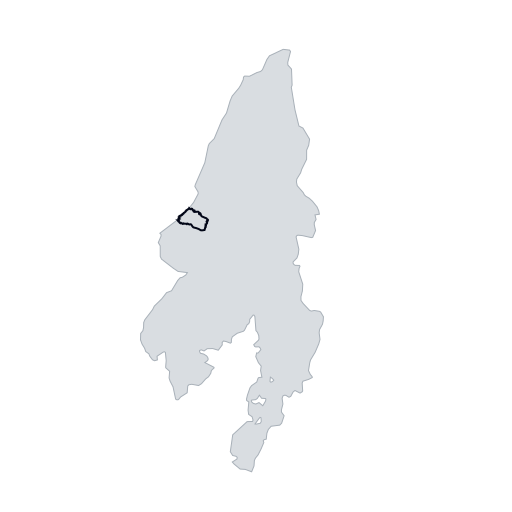 Ysyk-Ata, Chuy, Kyrgyzstan (highlighted), rotated 292°
{"feature_id": "92254566B31675215078110", "entity_name": "Ysyk-Ata", "entity_type": "district", "adm_level": 2, "iso_a3": "KGZ", "parent_name": "Kyrgyzstan", "parent_adm1": "Chuy", "projection": "albers", "projection_center": [74.932, 42.711], "detail": "fine", "context": "in_parent", "style": "outline", "palette": "ink", "viewbox_px": 512, "rotation_deg": 292, "n_neighbors": 0, "source": "geoboundaries", "source_scale": "gbopen_adm2", "svg_char_len": 6815}
<svg xmlns="http://www.w3.org/2000/svg" viewBox="0 0 512 512"><g transform="rotate(292 256 256)"><path d="M118.5,301.5L119.8,300.8L123.7,300.2L131.5,299.8L134.2,300.5L139.4,303.9L143.5,303.7L144.3,304.1L145.8,306.9L151.6,303.1L155.8,302.1L158.0,298.2L162.6,293.5L166.4,292.9L166.5,293.7L167.1,294.4L171.0,295.6L172.2,294.4L172.9,292.7L171.6,289.9L171.6,288.7L172.9,287.1L179.0,289.9L180.3,289.8L183.2,288.4L185.8,285.9L186.8,283.9L199.5,277.6L200.4,276.4L200.2,275.5L195.0,273.9L192.6,274.7L190.4,274.6L189.2,273.6L182.8,273.1L181.4,272.4L177.3,267.5L172.2,264.3L169.6,264.4L166.6,265.5L165.6,264.9L165.5,260.4L165.0,257.7L163.2,257.0L160.9,258.0L154.5,256.3L154.0,250.6L151.8,245.5L148.5,243.4L148.5,240.4L147.3,239.1L146.3,239.4L145.0,240.9L145.5,244.2L144.9,247.5L144.0,249.1L142.5,250.3L140.9,250.3L138.0,248.5L137.1,258.5L136.6,259.1L133.1,257.5L130.3,258.0L126.2,257.2L123.2,255.4L117.2,253.3L114.4,251.3L113.0,244.5L111.5,242.0L109.9,241.4L103.4,243.4L97.0,238.9L93.8,237.9L93.0,236.6L93.2,235.1L103.6,228.1L107.8,223.2L110.4,221.1L116.8,219.1L118.4,214.5L119.0,213.9L125.4,211.9L132.7,208.1L132.9,207.0L132.2,206.0L126.0,201.8L122.7,203.5L120.9,201.2L121.0,198.9L123.3,195.1L125.2,193.3L126.1,189.6L128.8,187.2L131.6,183.4L135.0,180.3L141.0,178.1L144.3,179.1L147.4,178.6L152.3,176.8L155.2,176.8L167.5,180.2L171.5,180.5L181.0,184.7L188.5,186.8L192.1,190.7L204.1,192.6L207.4,193.8L208.6,195.6L212.0,198.0L214.9,198.6L212.5,189.5L213.6,184.2L217.7,169.6L219.7,167.4L229.5,163.4L231.8,160.4L238.8,160.5L240.3,160.0L241.1,158.3L262.7,171.2L271.0,174.8L282.4,178.1L292.0,179.1L293.7,178.3L297.5,173.3L299.3,173.0L323.3,173.6L340.3,170.5L342.8,170.6L349.2,173.3L369.5,173.5L377.5,175.1L390.1,173.9L395.4,174.0L405.2,177.2L408.6,177.8L414.8,178.1L417.2,177.4L418.6,178.1L420.2,182.6L426.4,188.1L428.8,191.1L431.1,192.2L442.4,192.5L446.7,193.5L457.8,203.8L459.5,210.0L458.5,211.4L447.4,212.9L445.0,214.0L442.6,218.9L427.9,225.5L425.7,225.5L406.1,237.4L392.6,247.1L392.2,251.6L384.4,261.9L378.3,263.4L373.1,263.3L364.6,266.7L353.6,265.9L349.8,266.2L342.6,265.0L339.7,265.8L336.6,267.9L332.5,276.0L330.8,278.0L330.1,279.8L329.5,283.7L327.9,287.9L324.4,294.2L321.4,297.2L318.5,299.1L316.2,295.3L312.4,298.0L308.9,297.5L306.8,298.3L301.9,301.7L294.6,301.6L293.8,300.5L292.3,291.4L291.0,287.0L290.0,286.1L288.7,286.0L278.3,293.2L273.5,294.5L269.5,294.7L264.4,292.6L263.2,293.1L262.3,294.3L262.0,295.8L263.5,299.8L263.0,300.6L260.7,300.6L257.4,301.5L247.4,309.9L241.0,312.1L235.1,312.9L231.6,314.4L229.6,317.5L225.6,326.2L225.7,328.0L227.3,330.4L228.5,335.7L228.2,337.0L224.9,341.3L220.9,342.6L217.7,343.2L211.6,342.5L208.5,343.3L202.6,346.6L197.9,347.1L188.9,346.9L180.1,345.5L177.2,345.8L169.4,347.6L166.6,350.6L165.1,353.3L164.4,353.7L161.3,351.0L157.5,346.4L155.5,346.4L148.4,349.8L147.4,349.7L145.4,348.2L145.9,342.5L143.7,341.3L138.9,340.8L137.4,339.5L138.0,335.9L137.5,334.4L136.4,333.4L133.9,333.5L128.8,336.4L122.9,337.2L120.8,338.1L118.4,341.9L110.6,342.4L108.1,341.4L103.8,333.8L99.8,332.4L95.7,332.5L90.0,334.1L88.8,332.4L87.4,331.9L86.0,333.1L79.2,333.0L72.3,332.4L68.4,331.2L65.8,331.1L60.6,332.8L54.3,332.8L54.1,325.9L52.5,321.1L54.9,313.6L56.1,311.2L60.6,314.4L62.3,314.0L62.8,312.5L62.3,309.1L64.9,305.5L81.5,301.4L99.1,309.8L101.3,314.8L102.8,314.7L105.5,312.6L106.4,308.5L110.1,306.4L118.0,304.0L118.5,301.5ZM127.0,318.8L127.4,318.2L126.2,314.5L128.2,311.3L124.5,310.6L122.7,309.5L120.8,306.0L120.1,305.8L119.0,306.7L118.3,308.9L118.7,311.3L121.2,313.7L119.7,318.4L125.1,319.2L127.0,318.8ZM107.9,321.2L107.9,320.2L106.6,319.7L99.9,318.0L100.1,319.0L102.5,322.6L104.5,322.9L107.9,321.2ZM148.6,316.9L149.1,314.7L145.0,315.9L144.5,317.0L145.8,318.4L147.6,319.0L148.6,316.9Z" fill="#d9dde1" stroke="#a8b0b8" stroke-width="1"/><path d="M260.2,170.5L259.8,170.7L259.8,171.2L259.2,171.2L259.2,170.8L258.9,171.3L258.8,171.7L258.8,172.1L258.6,172.5L258.3,172.7L258.1,173.2L258.3,173.6L258.1,173.8L258.0,174.6L258.2,174.3L258.6,174.3L258.3,175.7L258.5,175.8L258.4,176.1L258.5,176.4L259.1,176.6L259.2,177.8L259.7,179.1L259.6,179.9L260.3,180.1L260.4,180.3L260.4,180.8L260.3,181.5L260.2,182.3L260.4,182.7L260.8,183.1L261.0,183.6L260.9,184.0L260.6,184.6L260.2,185.2L259.8,185.7L259.6,186.1L259.3,186.6L259.1,187.3L259.2,188.1L259.3,189.0L259.4,189.5L259.5,190.4L259.5,190.9L259.5,191.7L259.6,192.7L259.4,193.6L259.3,194.4L259.2,195.4L259.4,195.8L259.5,196.2L260.0,197.2L260.2,197.5L260.6,198.1L260.8,198.5L261.2,198.4L261.3,198.4L261.6,198.4L262.1,198.5L262.2,198.4L262.3,198.4L262.5,198.3L262.8,198.3L263.0,198.3L263.3,198.3L263.5,198.4L263.6,198.2L263.8,198.2L263.8,198.3L264.0,198.3L264.1,198.2L264.3,198.1L264.5,198.1L264.8,197.9L264.9,198.0L265.0,198.0L265.3,198.3L265.5,198.2L265.8,198.1L266.0,197.9L266.3,197.6L266.4,197.8L266.5,197.8L267.0,197.9L267.1,198.0L267.3,198.0L267.7,198.3L267.9,198.3L268.2,198.3L268.6,198.2L268.7,197.9L268.8,197.9L269.0,197.8L269.3,197.8L269.4,197.7L269.5,197.3L269.8,197.3L270.0,197.3L270.2,197.5L270.4,198.0L270.5,198.1L271.4,198.0L271.7,197.6L271.8,197.0L272.0,196.5L272.3,196.1L272.4,195.6L272.4,194.8L272.3,194.1L272.4,193.1L272.4,192.3L272.4,191.4L272.5,190.7L272.8,190.2L273.3,189.8L273.6,189.4L273.5,189.0L273.7,188.8L274.2,188.8L274.4,188.8L274.6,188.6L274.8,188.1L274.8,187.5L274.5,187.5L274.4,187.9L274.2,188.1L273.9,188.1L273.6,188.0L273.5,187.8L273.6,187.5L273.9,187.3L274.1,187.2L274.5,187.2L275.0,186.8L275.3,186.2L275.4,185.9L275.2,185.3L274.8,184.5L274.3,183.5L274.1,183.0L273.9,182.7L273.8,182.4L273.8,181.8L273.9,181.5L274.0,181.4L275.1,181.7L275.1,181.4L275.1,181.1L274.8,180.4L274.9,180.0L275.3,179.7L275.6,179.5L275.8,179.2L275.8,178.9L275.8,178.6L275.6,178.4L275.3,178.2L274.9,177.9L274.8,177.6L274.8,177.1L275.3,176.4L275.4,176.1L275.2,176.1L274.9,176.0L274.7,176.0L274.6,175.9L274.2,175.7L273.9,175.4L273.7,175.4L273.5,175.2L273.4,175.2L273.2,175.1L273.0,174.9L272.9,174.8L272.8,174.7L272.6,174.5L272.4,174.5L272.3,174.4L272.2,174.3L271.9,174.4L271.6,174.3L271.5,174.2L271.2,173.9L270.9,173.9L270.8,174.0L270.7,174.0L270.5,173.9L270.4,173.9L270.2,173.8L270.1,173.7L269.9,173.6L269.7,173.5L269.6,173.4L269.3,173.3L269.2,173.1L268.9,172.9L268.7,172.9L268.4,172.8L268.2,172.8L268.2,172.7L267.9,172.4L267.7,172.3L267.4,172.2L267.1,172.0L267.0,171.9L266.9,171.9L266.7,171.9L266.7,172.0L266.5,171.9L266.5,171.7L266.4,171.6L266.2,171.5L265.9,171.5L265.8,171.4L265.7,171.3L265.7,171.2L265.4,171.0L265.3,170.9L265.3,171.0L265.2,170.9L265.0,171.0L264.9,170.9L264.7,170.7L264.6,170.4L264.4,170.3L264.2,170.3L264.1,170.2L263.9,170.2L263.6,170.1L263.4,170.0L263.3,169.9L263.2,170.0L262.9,170.1L262.7,170.0L262.4,170.1L262.4,170.3L262.2,170.1L261.9,170.1L261.7,170.1L261.4,170.1L261.3,170.3L261.2,170.4L261.2,170.5L261.1,170.4L261.0,170.5L260.9,170.5L260.8,170.4L260.7,170.5L260.4,170.6L260.2,170.5L260.2,170.5Z" fill="none" stroke="#020617" stroke-width="2"/></g></svg>